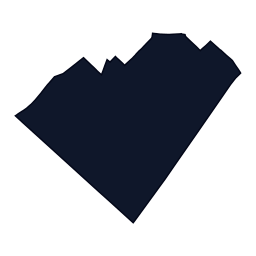 Comuna 8, Ciudad de Buenos Aires, Argentina (Mercator projection)
{"feature_id": "61730980B92536449887038", "entity_name": "Comuna 8", "entity_type": "district", "adm_level": 2, "iso_a3": "ARG", "parent_name": "Argentina", "parent_adm1": "Ciudad de Buenos Aires", "projection": "mercator", "projection_center": [-58.461, -34.678], "detail": "fine", "context": "isolated", "style": "filled", "palette": "ink", "viewbox_px": 256, "rotation_deg": 0, "n_neighbors": 0, "source": "geoboundaries", "source_scale": "gbopen_adm2", "svg_char_len": 2491}
<svg xmlns="http://www.w3.org/2000/svg" viewBox="0 0 256 256"><path d="M133.2,222.7L134.8,220.6L156.0,191.5L159.4,186.8L164.9,179.3L174.4,165.5L190.5,142.3L197.2,132.7L221.0,98.3L221.9,97.0L230.5,84.5L235.5,78.1L239.6,74.1L240.6,73.1L240.2,72.3L239.9,71.9L239.7,71.6L238.3,69.4L237.6,68.4L237.3,68.0L235.3,65.1L233.5,62.3L233.3,62.0L232.4,60.6L232.0,60.2L231.3,59.6L230.9,59.2L229.5,58.0L229.3,57.9L228.9,57.5L226.9,55.8L226.5,55.5L226.2,55.2L224.6,53.7L224.1,53.3L223.6,52.8L221.1,50.5L220.8,50.2L220.4,50.0L219.4,49.3L219.1,49.0L217.4,47.4L217.0,47.1L214.3,44.7L210.4,41.2L208.6,43.0L205.9,45.6L202.8,48.2L201.4,49.5L200.2,50.6L200.0,50.4L199.0,49.5L197.8,48.2L196.0,46.4L193.3,43.9L190.1,40.9L189.8,40.6L186.9,37.8L186.6,37.6L186.4,37.4L186.2,37.1L185.9,36.8L185.7,36.6L185.6,36.4L185.5,36.2L185.3,35.9L185.2,35.6L185.2,35.4L185.1,35.1L185.0,34.6L184.4,34.5L181.9,34.1L181.3,33.7L180.3,33.9L172.6,34.3L169.3,34.5L168.4,34.5L162.9,34.3L161.5,34.2L160.3,34.2L157.7,33.9L156.4,33.7L155.0,33.6L152.6,33.3L152.5,34.4L152.4,35.0L152.3,35.4L152.3,35.6L152.2,36.6L152.1,36.8L152.0,37.3L151.8,37.8L151.6,38.2L151.4,38.4L150.9,39.0L150.7,39.2L150.2,39.7L150.0,39.9L145.9,44.1L145.6,44.5L144.1,46.0L143.0,47.2L142.1,48.2L141.4,48.9L140.4,49.8L139.6,50.5L139.4,50.6L138.2,51.9L136.5,53.7L136.3,53.9L136.2,54.0L135.3,55.2L133.6,56.9L132.8,57.8L132.6,58.0L131.8,58.8L131.5,59.0L125.7,64.3L124.6,65.4L123.6,64.3L123.4,64.1L123.1,63.8L122.5,63.2L121.0,61.8L120.8,61.6L119.8,60.7L119.4,60.3L119.2,60.1L118.1,59.1L117.7,58.8L116.7,57.9L115.4,56.5L110.0,62.1L109.7,61.8L109.1,61.3L108.4,60.7L107.4,60.0L107.1,59.7L106.6,61.0L105.0,65.3L103.0,70.9L101.5,74.8L101.3,74.7L100.2,73.7L98.3,72.0L96.6,70.4L96.4,70.1L96.0,69.7L94.9,68.6L94.2,67.9L92.4,66.2L91.9,65.8L88.6,62.6L86.7,60.8L86.1,60.2L85.0,59.2L84.7,58.8L83.5,57.7L81.9,59.0L81.6,59.2L81.4,59.4L81.2,59.6L80.6,60.0L79.6,60.8L79.2,61.1L78.6,61.6L77.7,62.3L76.0,63.7L73.4,65.7L70.9,67.7L68.3,69.7L65.7,71.7L65.2,72.1L64.8,72.4L63.5,73.4L63.1,73.7L59.7,74.9L59.5,75.0L57.6,75.7L54.8,76.7L54.5,76.8L51.3,80.5L48.7,83.5L48.3,83.9L47.0,85.4L46.5,86.1L46.0,86.7L45.4,87.4L44.8,88.2L44.1,89.1L41.6,92.3L41.2,92.9L39.1,95.4L35.1,100.2L34.7,100.6L31.4,104.1L30.3,105.0L28.9,106.2L27.9,107.1L27.0,107.9L26.6,108.3L26.0,108.7L25.4,109.1L23.7,110.3L22.6,111.0L21.4,111.7L21.0,112.0L18.2,113.8L17.3,114.5L16.9,114.8L15.8,115.6L15.7,115.6L15.4,115.8L22.8,122.6L63.5,159.5L99.4,192.1L108.8,200.5L133.2,222.7Z" fill="#0f172a" stroke="#020617" stroke-width="1.5"/></svg>